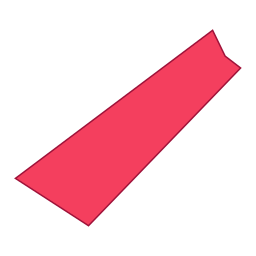 14, Ad Dawhah, Qatar (Equal Earth projection)
{"feature_id": "91078587B44176615316419", "entity_name": "14", "entity_type": "district", "adm_level": 2, "iso_a3": "QAT", "parent_name": "Qatar", "parent_adm1": "Ad Dawhah", "projection": "equal_earth", "projection_center": [51.529, 25.277], "detail": "fine", "context": "isolated", "style": "filled", "palette": "rose", "viewbox_px": 256, "rotation_deg": 0, "n_neighbors": 0, "source": "geoboundaries", "source_scale": "gbopen_adm2", "svg_char_len": 198}
<svg xmlns="http://www.w3.org/2000/svg" viewBox="0 0 256 256"><path d="M15.4,178.4L88.5,225.7L240.6,68.0L225.1,56.1L212.6,30.3L15.4,178.4Z" fill="#f43f5e" stroke="#9f1239" stroke-width="1.5"/></svg>